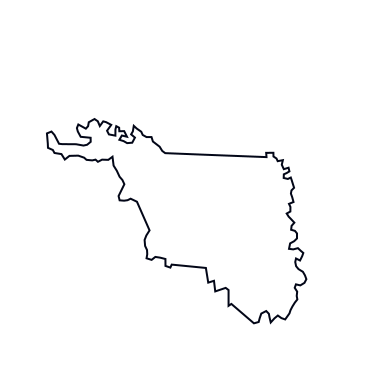 Pranchita, Paraná, Brazil (Albers equal-area conic projection), rotated 217°
{"feature_id": "56859067B45409060945550", "entity_name": "Pranchita", "entity_type": "district", "adm_level": 2, "iso_a3": "BRA", "parent_name": "Brazil", "parent_adm1": "Paraná", "projection": "albers", "projection_center": [-53.701, -25.973], "detail": "fine", "context": "isolated", "style": "outline", "palette": "ink", "viewbox_px": 384, "rotation_deg": 217, "n_neighbors": 0, "source": "geoboundaries", "source_scale": "gbopen_adm2", "svg_char_len": 2241}
<svg xmlns="http://www.w3.org/2000/svg" viewBox="0 0 384 384"><g transform="rotate(217 192 192)"><path d="M313.1,141.4L311.6,147.1L304.7,152.6L298.8,154.5L295.6,154.2L290.7,157.2L288.5,159.8L285.3,159.5L283.3,163.7L278.2,167.3L276.7,172.3L270.5,165.9L264.8,163.7L259.0,160.6L254.8,159.7L250.7,157.5L248.2,144.6L244.8,141.8L241.0,144.2L238.5,146.7L237.0,149.7L230.1,151.1L202.8,135.8L202.3,129.8L201.0,125.2L197.0,120.7L193.0,118.6L190.3,115.4L188.4,111.7L183.4,113.5L182.2,118.1L177.9,120.4L172.9,122.5L168.7,117.0L163.8,118.6L164.5,121.8L135.2,139.7L124.5,129.4L121.0,134.3L113.6,126.6L107.4,135.7L103.8,135.7L101.9,133.2L94.3,123.1L93.2,126.3L63.5,124.4L60.5,128.3L62.0,132.0L63.5,136.6L61.1,141.6L57.3,141.0L54.7,138.6L50.6,135.2L50.1,140.8L49.1,145.0L44.7,145.1L40.9,146.3L41.0,150.3L41.1,153.7L42.2,156.9L42.9,161.0L43.3,165.6L43.2,169.6L45.8,172.0L48.0,175.7L52.3,177.3L53.4,180.8L49.3,182.6L47.5,187.1L48.2,191.2L51.6,193.4L55.4,195.0L60.5,194.5L64.2,195.4L67.4,198.2L68.9,201.5L64.5,202.3L65.4,207.1L66.4,210.3L69.9,210.5L73.6,210.9L76.6,207.1L80.3,205.0L82.7,210.0L80.8,214.2L80.2,218.1L83.2,222.1L86.4,222.9L90.1,221.5L92.1,224.9L91.8,229.1L96.2,229.9L100.0,230.5L103.4,231.8L101.7,235.6L104.4,239.3L107.4,240.9L104.9,245.1L108.9,248.2L112.0,250.2L113.5,253.1L113.0,256.8L116.1,259.0L119.3,261.3L121.8,263.0L123.3,260.1L127.2,258.4L129.3,261.4L127.8,264.1L126.6,267.1L129.5,269.5L132.4,265.5L136.7,267.8L138.6,272.1L142.1,268.2L144.7,269.6L148.3,269.4L150.6,272.3L156.3,267.9L153.5,264.7L202.0,231.0L236.8,206.9L240.5,206.9L245.1,208.7L253.6,208.8L257.4,211.5L261.4,208.5L265.7,207.9L268.8,209.6L274.4,209.4L278.3,209.8L275.7,204.8L275.3,201.4L270.3,201.1L269.4,195.4L273.2,192.0L277.2,191.5L281.4,190.0L282.0,194.9L277.2,197.0L282.8,199.8L286.6,196.8L288.9,199.5L292.1,199.0L290.8,195.9L287.1,190.9L293.0,188.0L296.7,189.8L296.9,197.0L302.6,196.1L305.4,195.0L305.3,189.2L309.8,191.8L313.8,191.6L316.4,185.6L314.6,182.0L314.9,178.7L323.4,177.5L322.4,173.8L319.6,171.6L314.1,169.1L305.6,174.3L303.1,171.1L304.2,166.6L306.6,163.8L313.3,160.4L324.5,152.1L327.2,150.5L336.2,154.8L340.6,155.7L343.1,151.5L336.3,143.9L333.6,140.6L328.4,141.8L325.3,140.4L319.1,143.7L313.1,141.4Z" fill="none" stroke="#020617" stroke-width="2"/></g></svg>